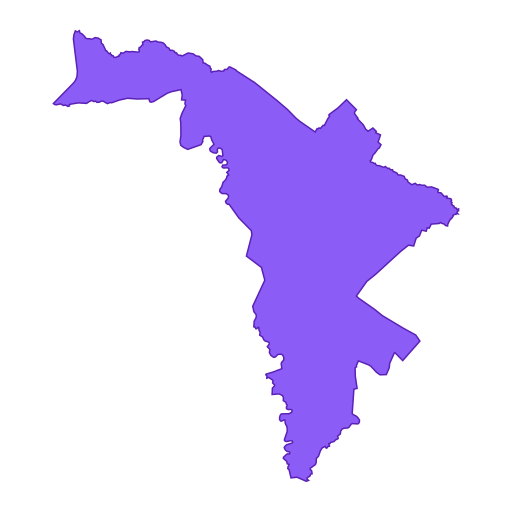 the district of Chaloem Phra Kiat, Nakhon Si Thammarat, Thailand
{"feature_id": "78962969B27517873641345", "entity_name": "Chaloem Phra Kiat", "entity_type": "district", "adm_level": 2, "iso_a3": "THA", "parent_name": "Thailand", "parent_adm1": "Nakhon Si Thammarat", "projection": "albers", "projection_center": [100.025, 8.16], "detail": "fine", "context": "isolated", "style": "filled", "palette": "violet", "viewbox_px": 512, "rotation_deg": 0, "n_neighbors": 0, "source": "geoboundaries", "source_scale": "gbopen_adm2", "svg_char_len": 5988}
<svg xmlns="http://www.w3.org/2000/svg" viewBox="0 0 512 512"><path d="M306.3,481.3L308.6,480.4L307.0,479.1L307.2,477.8L310.0,476.0L310.6,474.1L312.1,473.8L311.7,470.9L310.1,469.1L310.2,468.3L315.4,464.6L316.2,462.5L316.3,458.5L318.5,456.2L320.4,450.8L322.2,447.9L325.1,446.4L326.2,448.1L326.8,448.1L327.9,446.6L329.5,446.2L328.8,443.7L329.9,443.6L330.7,442.4L334.1,441.5L335.5,439.9L337.9,438.8L338.2,438.2L337.6,436.0L340.3,434.1L340.7,431.1L342.1,429.1L344.0,428.2L347.8,428.0L349.1,427.1L351.2,424.1L352.4,423.6L357.2,423.9L358.3,423.7L359.3,422.4L359.5,420.1L357.9,417.7L356.5,416.3L352.9,414.4L352.2,413.4L353.9,389.2L357.1,388.4L355.3,376.1L355.1,367.8L356.5,366.8L356.5,365.2L358.4,360.9L368.7,364.9L370.8,366.2L376.5,372.3L380.0,374.8L386.3,374.6L389.2,367.9L389.7,363.3L394.3,353.0L394.9,352.6L402.7,360.6L419.9,341.1L415.8,335.1L403.3,328.2L382.3,315.6L375.0,309.7L358.4,298.0L356.4,296.0L366.8,281.4L375.6,274.3L400.2,251.8L408.4,245.2L413.7,246.0L416.2,238.1L419.4,236.0L421.7,230.2L426.2,231.2L427.3,227.7L429.2,228.2L431.3,224.1L439.1,223.5L440.5,222.5L441.7,223.4L443.7,223.8L445.7,225.6L447.6,226.0L447.7,224.5L449.7,220.2L451.1,218.9L451.3,218.1L452.0,218.0L453.2,216.0L452.9,215.4L454.9,214.3L456.0,214.4L456.4,213.5L457.9,213.8L457.0,212.7L457.6,211.0L458.6,210.8L458.6,208.9L456.7,209.4L456.4,208.2L454.5,207.6L453.9,206.0L452.2,205.3L452.1,204.4L451.3,203.9L452.0,202.5L450.9,201.6L451.6,200.3L450.8,198.7L446.6,198.1L446.5,197.5L447.2,196.8L446.9,196.1L444.1,196.4L441.1,192.9L437.9,192.4L437.7,191.7L438.5,189.9L438.1,189.3L431.6,186.9L427.1,187.2L424.7,185.2L421.6,185.2L419.5,184.5L417.3,185.0L415.2,183.3L411.8,184.7L408.1,182.1L407.4,180.0L405.1,178.8L404.2,176.4L400.6,175.0L398.0,174.9L397.1,173.2L394.7,171.9L393.3,171.7L392.5,169.7L390.6,169.8L389.1,168.2L387.6,168.4L385.4,166.5L383.8,167.4L379.2,165.6L377.3,165.6L375.9,164.7L375.2,163.3L373.9,163.5L372.9,162.5L370.6,162.1L370.2,160.7L371.3,159.9L373.0,155.0L375.1,152.9L378.3,148.4L379.3,148.1L381.0,144.6L378.1,142.1L380.5,134.9L375.7,132.8L376.3,131.4L372.9,128.0L368.1,131.2L365.7,129.2L363.3,124.8L357.4,118.7L357.9,118.2L354.5,113.5L354.7,111.9L356.4,109.7L346.5,99.7L337.9,108.0L329.6,114.1L328.8,115.1L329.6,116.2L327.6,119.0L324.4,125.4L323.1,125.3L320.4,128.4L319.0,127.9L318.1,128.8L317.1,128.6L315.2,132.0L300.0,121.5L295.9,118.1L287.7,109.7L277.1,100.6L254.7,82.6L237.1,71.3L235.9,70.0L229.9,66.9L228.9,67.1L227.2,69.3L224.4,69.5L223.7,71.0L221.2,71.3L218.4,70.5L216.7,71.3L213.2,71.4L211.5,72.3L210.8,71.2L211.2,69.0L210.3,68.2L209.9,66.2L206.9,64.7L205.2,63.3L203.2,62.9L202.7,59.6L199.3,56.4L195.8,55.8L193.1,53.8L188.1,53.0L182.1,56.0L180.8,55.3L179.0,55.3L177.5,54.6L176.6,52.9L175.0,52.7L174.5,51.4L172.1,50.2L170.0,50.4L169.1,48.3L166.3,46.8L165.1,44.7L163.3,43.0L161.2,42.3L157.7,42.0L156.1,41.0L150.8,41.8L150.1,41.6L149.3,40.5L147.1,40.0L145.0,40.5L143.7,41.8L142.5,42.1L142.9,44.8L141.8,45.4L140.3,47.3L139.2,47.5L138.8,49.7L139.5,50.7L139.2,51.8L137.9,52.1L131.5,51.5L130.5,51.9L126.0,51.4L123.0,53.2L120.9,52.7L120.1,54.6L119.0,55.2L118.9,56.3L117.6,56.4L116.2,57.3L114.1,57.4L113.1,55.7L111.6,55.6L111.5,54.7L110.3,54.0L110.3,53.1L109.3,53.7L108.5,53.3L106.6,50.8L105.8,50.6L103.1,44.7L101.3,43.0L101.1,39.9L98.2,38.1L95.1,37.6L91.9,39.3L89.8,38.7L87.1,38.7L85.3,37.9L84.8,36.6L81.8,33.7L80.0,33.0L79.4,30.7L77.4,31.9L75.3,30.9L73.9,34.8L73.4,39.0L77.4,71.6L76.9,76.8L75.5,80.3L73.6,82.9L53.4,103.5L54.5,104.5L56.4,104.8L60.5,103.9L63.6,105.5L65.5,105.0L67.9,106.4L69.5,105.9L69.1,105.0L69.8,104.3L75.2,103.4L78.4,102.9L86.6,103.4L89.0,101.7L91.7,100.5L93.9,101.6L95.6,101.1L96.6,102.2L97.5,102.4L99.6,102.1L101.3,101.1L103.0,101.1L107.3,103.6L110.4,102.5L111.6,102.8L119.6,100.0L127.4,98.3L137.4,99.0L148.9,98.7L149.7,101.6L151.1,102.2L153.7,101.5L167.3,93.2L171.4,91.7L181.0,89.6L182.2,95.1L181.6,99.9L185.5,100.1L184.9,103.8L185.8,105.5L181.9,113.5L180.2,118.7L180.8,123.2L180.9,135.7L180.0,141.8L180.8,145.3L183.4,147.3L187.7,149.4L201.0,144.7L202.8,141.7L202.6,139.8L204.2,136.4L209.1,136.0L210.8,136.6L211.6,139.7L214.0,144.3L210.1,148.1L209.7,148.9L210.3,151.0L213.0,152.7L216.2,153.2L217.5,152.0L217.3,149.4L218.2,148.2L220.1,148.1L222.2,149.6L222.9,155.8L221.9,156.4L218.8,155.5L216.7,157.2L216.7,158.6L219.3,162.4L220.2,162.9L221.8,162.7L223.5,159.6L225.3,159.9L226.7,160.8L227.4,162.4L227.0,164.2L225.5,165.0L222.8,165.1L222.0,166.7L222.5,167.5L223.7,168.0L227.6,167.8L228.6,168.5L229.1,170.2L226.8,172.4L228.6,174.9L227.0,176.1L226.5,178.2L225.2,180.3L223.1,182.2L221.7,186.8L219.9,189.3L219.7,191.6L221.9,193.5L226.2,193.7L228.1,195.0L228.6,196.2L228.1,198.2L225.5,201.3L226.2,203.2L227.5,204.2L229.2,204.4L238.8,217.9L251.3,230.6L251.9,234.8L246.4,256.1L261.4,267.4L264.8,280.2L252.7,306.3L254.0,311.9L255.9,314.2L256.3,315.9L256.1,317.5L254.2,321.2L253.8,326.8L255.2,327.2L255.8,328.7L256.7,328.7L258.1,327.3L258.8,327.7L259.0,330.3L260.1,332.2L259.7,335.2L262.5,336.9L263.8,339.8L265.1,341.0L268.6,342.1L269.3,342.9L269.3,344.0L267.3,346.7L269.8,349.4L269.4,352.7L270.9,355.4L273.4,357.2L274.5,357.3L275.7,356.7L277.9,354.4L281.2,354.2L282.7,355.1L283.7,357.2L283.7,360.1L281.6,362.4L281.2,363.6L281.8,368.7L272.3,372.3L266.1,374.1L265.8,374.7L267.0,376.3L266.8,378.2L268.8,377.5L272.6,380.1L273.0,381.0L272.6,382.9L274.6,385.0L274.3,386.2L272.4,388.1L272.1,394.5L279.2,393.9L282.5,395.6L283.4,397.4L283.3,400.7L285.9,402.3L286.3,404.0L287.4,405.4L286.4,406.9L286.5,408.7L288.1,409.6L290.7,409.4L292.0,410.2L291.9,412.1L289.0,413.7L281.3,413.9L280.2,415.3L279.6,417.4L279.6,419.6L280.6,421.0L281.6,421.1L284.1,419.9L284.9,420.1L285.3,423.5L287.1,427.2L287.2,431.4L284.5,439.3L284.5,440.6L286.1,441.6L291.4,440.6L292.5,441.4L292.7,442.2L291.9,443.1L286.7,444.7L284.8,446.4L284.2,447.7L285.5,450.2L287.3,451.5L289.5,452.0L289.9,453.0L289.3,454.0L287.3,453.9L286.5,454.4L283.6,457.1L283.3,458.4L286.7,461.3L287.2,463.8L289.2,464.4L288.0,466.8L287.8,468.6L289.1,469.8L291.0,477.9L297.0,477.2L306.3,481.3Z" fill="#8b5cf6" stroke="#5b21b6" stroke-width="1.5"/></svg>